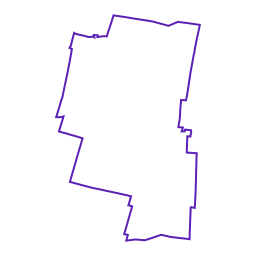 Diosti, Dolj, Romania (Albers equal-area conic projection)
{"feature_id": "2599482B74391152424394", "entity_name": "Diosti", "entity_type": "district", "adm_level": 2, "iso_a3": "ROU", "parent_name": "Romania", "parent_adm1": "Dolj", "projection": "albers", "projection_center": [24.185, 44.122], "detail": "fine", "context": "isolated", "style": "outline", "palette": "violet", "viewbox_px": 256, "rotation_deg": 0, "n_neighbors": 0, "source": "geoboundaries", "source_scale": "gbopen_adm2", "svg_char_len": 2620}
<svg xmlns="http://www.w3.org/2000/svg" viewBox="0 0 256 256"><path d="M196.7,153.8L196.7,153.5L196.7,153.2L196.2,153.1L194.0,153.1L192.2,152.9L190.4,152.8L186.8,152.6L186.9,147.5L187.2,139.8L187.3,136.3L190.4,136.5L190.4,136.1L190.5,135.6L190.9,133.7L191.2,131.8L191.2,130.8L191.1,130.3L186.7,129.8L185.1,129.6L184.7,131.3L181.7,131.4L182.4,129.2L182.9,127.5L178.9,127.2L178.4,127.1L179.1,122.5L179.5,120.4L179.8,118.0L180.0,115.4L180.1,113.4L180.2,111.1L180.3,109.1L181.1,100.0L186.0,100.3L186.0,100.1L187.0,95.4L188.1,88.6L189.0,82.2L190.7,71.4L193.8,54.6L194.4,51.9L195.3,46.5L196.3,41.4L197.0,37.9L197.6,35.5L198.3,32.1L199.0,29.1L199.5,26.6L199.7,25.7L199.7,25.3L199.8,24.9L198.1,24.6L185.3,22.8L183.7,22.6L177.8,21.9L168.5,25.8L156.7,22.6L152.8,21.5L151.0,21.2L146.5,20.5L139.5,19.4L133.4,18.5L124.7,17.0L113.5,15.4L113.3,16.2L109.3,28.6L108.1,32.1L106.8,36.4L104.3,36.2L103.5,36.2L103.3,36.2L102.0,36.4L101.1,36.5L97.5,37.1L97.7,35.3L94.6,35.1L93.8,35.0L93.7,35.3L93.8,35.6L93.9,36.4L94.2,37.3L93.6,37.0L93.0,36.8L92.5,36.7L91.7,36.7L91.2,36.8L90.4,36.9L89.5,37.0L89.1,37.1L88.6,37.0L87.6,36.8L84.9,36.0L83.2,35.6L80.4,35.0L79.0,34.7L77.2,34.2L76.6,34.1L76.2,34.0L75.4,33.7L74.9,33.5L74.5,33.3L74.3,33.2L74.1,33.0L73.7,34.5L73.6,35.0L72.2,40.2L72.1,40.9L71.0,44.8L70.6,46.3L70.5,46.8L70.4,47.2L70.2,47.1L69.9,47.1L69.7,47.5L69.5,47.9L69.7,48.0L71.9,49.1L71.8,49.7L70.8,55.4L70.6,56.5L67.9,70.9L66.0,79.9L62.4,97.1L62.3,97.6L62.2,97.6L61.4,100.0L59.8,105.4L57.8,112.0L57.2,114.0L56.5,116.4L56.2,117.1L58.0,117.2L59.3,117.2L60.1,117.2L61.4,117.0L62.6,116.7L63.5,116.4L63.3,117.4L62.1,121.2L60.7,125.6L58.9,131.5L66.8,133.6L72.7,135.4L74.9,135.9L75.0,136.0L82.6,138.3L80.6,145.1L79.1,150.0L69.9,181.9L74.8,183.2L84.5,185.8L90.7,187.4L92.8,188.0L97.6,188.9L101.8,189.8L105.0,190.5L108.7,191.3L118.4,193.4L127.2,195.3L131.1,196.3L130.1,199.6L128.6,204.8L128.4,205.3L130.0,205.7L132.1,206.3L131.6,208.3L130.8,211.1L127.3,223.4L124.2,234.1L127.8,234.9L127.0,238.0L126.3,240.6L127.4,240.5L130.3,240.1L131.3,240.0L134.0,239.6L135.3,239.5L137.3,239.6L138.1,239.7L138.9,239.8L143.3,240.1L144.3,240.2L145.0,240.2L145.7,240.0L147.1,239.5L148.7,239.0L149.6,238.7L152.1,237.9L154.7,237.0L158.2,235.8L160.1,235.2L161.0,234.8L162.1,235.0L166.0,235.9L170.4,236.9L175.5,237.5L180.0,238.1L183.4,238.4L189.6,239.2L189.6,238.9L189.7,233.1L189.9,228.5L190.7,207.4L190.9,207.2L194.7,207.9L194.8,206.2L194.9,205.3L195.2,200.5L195.5,194.0L195.6,190.7L195.7,187.1L195.9,182.1L196.1,172.8L196.2,168.9L196.3,166.8L196.4,164.8L196.4,161.8L196.5,157.4L196.6,156.1L196.7,154.0L196.7,153.8Z" fill="none" stroke="#5b21b6" stroke-width="2"/></svg>